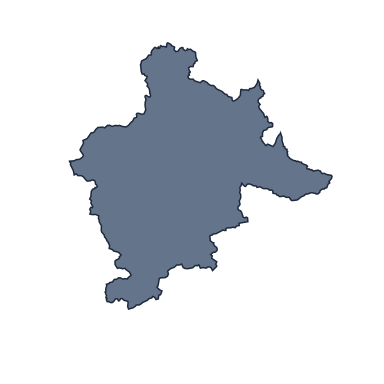 Huancavelica, Huancavelica, Peru, rotated 291°
{"feature_id": "86281439B45357472529308", "entity_name": "Huancavelica", "entity_type": "district", "adm_level": 2, "iso_a3": "PER", "parent_name": "Peru", "parent_adm1": "Huancavelica", "projection": "orthographic", "projection_center": [-75.048, -12.773], "detail": "fine", "context": "isolated", "style": "filled", "palette": "slate", "viewbox_px": 384, "rotation_deg": 291, "n_neighbors": 0, "source": "geoboundaries", "source_scale": "gbopen_adm2", "svg_char_len": 6050}
<svg xmlns="http://www.w3.org/2000/svg" viewBox="0 0 384 384"><g transform="rotate(291 192 192)"><path d="M324.1,136.4L322.7,136.5L321.5,134.9L322.2,132.6L323.5,131.7L323.3,130.9L321.8,129.3L318.5,128.5L317.2,126.6L318.5,124.3L319.6,123.9L320.5,124.1L321.1,123.6L321.3,120.5L322.2,119.4L322.6,116.0L321.9,115.4L318.2,116.1L317.8,113.3L317.0,112.0L317.5,110.4L316.4,110.0L314.8,110.4L314.3,109.9L314.1,109.3L315.1,108.6L313.5,108.1L313.8,105.8L313.4,105.2L309.5,103.9L307.3,103.9L306.6,104.6L305.1,104.6L304.3,102.5L300.2,101.6L296.6,98.2L295.7,98.0L293.8,98.5L292.7,98.2L286.4,101.4L284.4,103.0L284.3,103.7L285.1,104.8L283.9,106.1L283.8,108.6L282.5,108.9L279.1,108.2L277.3,111.6L276.0,112.3L274.8,112.0L273.7,114.4L271.7,116.0L268.9,117.3L267.8,118.5L266.1,118.9L265.2,117.8L265.8,114.6L265.2,113.9L264.0,114.0L261.8,116.0L259.1,116.1L256.1,117.1L252.0,119.4L247.7,119.1L246.5,117.2L246.4,113.9L245.6,112.4L244.4,112.2L243.1,113.3L241.8,113.5L240.2,111.5L236.7,111.2L235.6,110.3L231.2,108.7L229.1,107.1L228.3,104.0L228.2,100.5L226.9,98.1L226.8,96.7L224.6,93.9L224.8,90.8L224.1,90.2L223.9,89.2L220.6,87.5L220.6,85.5L218.6,81.1L215.6,79.6L213.3,79.3L212.2,78.6L211.0,76.6L204.3,75.0L201.0,71.7L198.6,73.3L191.5,72.3L190.8,72.7L187.7,77.1L186.7,77.5L185.3,77.3L182.2,75.3L180.8,72.4L178.9,70.9L176.9,66.6L176.1,67.3L175.6,68.5L173.9,68.7L169.4,73.6L165.7,75.9L167.4,77.5L166.4,79.6L167.6,82.9L167.3,84.9L164.8,89.5L164.7,90.5L165.9,92.9L167.6,94.8L167.8,96.5L167.1,97.9L164.9,99.0L164.2,100.8L162.9,101.6L162.1,101.3L161.4,99.9L160.3,100.0L159.0,98.2L156.3,97.8L151.6,99.2L148.7,99.0L148.0,101.1L145.4,101.6L142.7,104.6L141.7,104.6L141.4,103.1L139.2,102.7L137.9,104.3L134.7,104.7L135.3,107.4L136.5,110.1L136.3,113.5L133.5,114.2L132.8,115.4L131.2,115.8L128.0,119.5L123.5,121.1L122.2,122.1L120.5,125.3L118.6,126.6L117.8,128.3L115.6,130.5L114.8,132.3L114.2,132.4L112.7,134.2L109.6,134.9L109.7,138.6L108.8,139.8L109.4,144.9L107.9,148.1L107.3,148.4L105.6,147.3L104.5,147.9L103.3,147.4L101.1,145.4L99.8,144.9L96.7,146.2L94.4,149.1L94.1,150.1L95.1,151.1L95.5,154.8L96.8,156.9L95.8,158.4L94.9,162.2L92.5,164.9L92.0,164.9L89.2,163.0L87.7,163.0L86.9,160.0L85.9,158.8L86.2,155.9L85.5,154.1L83.3,152.7L82.6,150.8L79.6,150.0L77.8,147.5L76.5,147.1L75.2,145.1L74.2,145.9L70.4,146.3L68.4,147.2L67.5,146.7L64.6,149.3L62.4,149.5L62.1,150.8L61.0,150.6L60.1,151.1L59.2,152.2L59.8,153.7L59.6,155.9L60.4,157.4L62.5,158.4L64.6,158.7L65.5,160.5L64.0,162.6L64.6,163.2L66.9,163.6L67.5,165.1L66.5,167.3L66.9,171.3L65.8,172.0L62.2,172.9L59.9,174.7L62.8,178.5L65.1,180.1L66.6,180.5L67.4,182.9L68.8,184.2L71.6,185.9L74.8,189.1L77.1,190.2L78.7,192.4L80.4,192.7L80.6,193.4L80.1,195.2L78.7,196.9L80.1,198.8L83.9,198.0L84.4,199.1L85.2,199.5L88.9,199.4L89.0,196.9L90.5,193.5L91.3,193.3L92.3,193.9L99.3,192.5L100.5,193.3L102.5,197.7L104.6,199.3L107.2,199.3L109.2,197.7L110.1,197.9L112.9,199.6L115.2,202.3L118.3,203.9L119.6,206.8L121.0,208.1L118.3,210.9L118.1,213.2L119.0,215.7L121.4,219.7L124.7,221.5L125.0,223.4L126.5,224.4L123.9,227.1L125.4,229.5L126.1,232.7L127.7,233.6L128.4,235.6L128.0,237.1L126.0,239.3L131.3,241.7L131.9,241.6L133.2,240.0L135.7,240.2L137.1,234.4L137.5,234.0L139.6,233.9L140.3,231.8L143.3,233.4L143.9,234.9L144.5,235.4L146.2,236.3L147.9,235.9L149.0,235.0L149.9,232.2L151.1,230.7L152.3,230.7L152.1,229.7L153.1,226.4L155.3,225.6L157.0,224.3L158.2,225.0L159.1,226.4L160.6,226.9L161.5,229.2L167.6,234.6L167.7,236.2L168.3,237.4L169.5,236.6L171.2,237.8L172.3,240.7L173.8,242.9L174.1,245.0L176.5,246.1L177.6,248.1L179.7,247.1L184.3,254.8L187.8,253.1L188.0,251.7L186.7,250.4L186.8,248.9L191.2,245.2L191.9,243.8L191.9,241.9L193.3,240.5L195.3,240.3L195.9,240.9L197.6,241.3L200.6,239.4L203.9,239.6L206.1,238.8L207.5,238.0L208.4,236.7L211.0,236.4L213.4,235.0L214.9,235.5L218.1,235.3L216.7,237.6L216.2,239.6L216.5,240.1L218.9,240.6L220.1,242.6L220.2,245.1L219.8,246.9L220.6,249.6L219.6,251.0L221.3,253.8L220.7,257.3L222.2,261.4L221.5,263.6L222.4,265.9L222.0,267.0L219.8,268.1L220.5,271.3L219.5,272.6L219.7,273.6L219.1,275.6L221.2,279.5L220.7,281.6L221.8,284.7L221.0,286.2L220.2,286.6L219.8,288.5L222.4,293.3L226.4,295.6L229.1,298.2L230.5,298.7L231.9,301.1L234.2,303.6L234.8,307.1L234.7,309.0L235.6,310.5L237.7,311.4L239.1,311.1L241.3,312.5L242.2,314.4L243.2,314.8L244.3,316.3L247.9,316.2L249.9,317.3L251.0,316.1L254.6,317.4L256.8,317.1L257.5,316.2L256.6,311.6L256.8,308.7L256.0,306.8L256.1,306.1L257.6,304.3L257.5,301.8L255.0,297.6L255.8,295.8L255.0,294.5L255.6,293.1L254.7,291.3L255.6,290.4L257.5,290.6L258.0,289.4L258.0,284.6L259.1,283.4L258.4,281.8L258.7,279.7L257.8,278.6L258.3,277.7L257.8,275.3L258.4,271.5L260.2,268.0L261.5,267.9L262.4,266.8L263.9,266.9L264.4,265.8L265.9,265.5L265.7,263.5L267.5,262.4L267.4,260.8L268.5,260.6L272.1,257.7L275.4,256.4L278.9,253.4L277.6,253.4L276.1,252.6L272.4,252.0L267.3,252.3L263.5,251.4L263.8,245.5L261.8,244.4L263.8,240.6L264.5,240.1L264.5,239.4L266.0,238.2L267.3,236.4L268.0,236.6L269.1,237.9L272.6,236.6L275.1,236.9L277.0,239.4L278.6,239.6L279.9,240.5L281.5,243.5L282.2,243.7L284.7,242.8L285.3,241.4L284.3,239.3L285.2,237.4L287.3,236.7L289.1,235.3L289.4,234.4L288.0,233.7L288.0,233.0L290.9,230.7L293.8,225.4L295.3,223.9L296.1,223.6L298.2,224.2L299.7,221.5L301.7,220.8L303.6,221.4L304.5,222.5L305.4,222.5L306.8,223.9L308.5,223.7L309.9,224.5L310.7,223.2L312.0,222.5L312.3,221.7L312.2,220.3L313.5,218.5L315.0,218.1L315.5,216.8L317.6,216.5L320.2,213.5L316.8,213.9L312.2,212.9L309.8,210.3L309.3,208.9L307.0,208.3L307.0,206.6L305.6,203.2L305.6,201.5L305.0,200.9L299.5,202.5L295.6,201.3L292.3,198.9L291.6,197.7L292.2,196.6L294.5,195.4L294.1,191.5L295.5,189.5L295.2,187.5L296.6,184.3L297.1,177.8L298.6,175.5L299.1,173.9L298.2,171.2L298.7,168.7L299.6,167.0L300.1,163.0L299.5,161.8L297.0,160.5L296.7,154.5L297.8,152.7L296.7,150.1L296.9,148.1L298.7,146.7L300.2,147.7L301.9,146.5L302.8,147.4L303.5,147.3L304.6,145.7L306.6,144.3L308.6,145.6L309.4,148.1L312.2,147.7L313.1,148.5L314.1,148.2L315.1,148.5L316.6,149.9L319.3,147.3L323.7,145.2L323.9,141.9L324.8,139.5L323.8,137.8L324.1,136.4Z" fill="#64748b" stroke="#1e293b" stroke-width="1.5"/></g></svg>